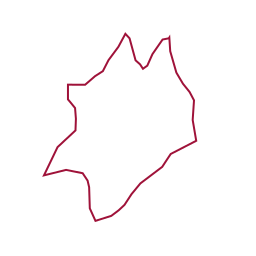 SVG path tracing the border of Riga, rotated 105°
{"feature_id": "LVA-1094", "entity_name": "Riga", "entity_type": "Republican City", "adm_level": 1, "iso_a3": "LVA", "parent_name": "Latvia", "parent_adm1": "", "projection": "robinson", "projection_center": [24.094, 56.981], "detail": "fine", "context": "isolated", "style": "outline", "palette": "rose", "viewbox_px": 256, "rotation_deg": 105, "n_neighbors": 0, "source": "natural_earth", "source_scale": "10m", "svg_char_len": 710}
<svg xmlns="http://www.w3.org/2000/svg" viewBox="0 0 256 256"><g transform="rotate(105 128 128)"><path d="M29.9,111.5L42.9,107.1L62.0,95.6L71.0,86.4L77.3,77.8L84.2,71.4L103.5,67.6L122.7,58.8L142.0,80.0L147.3,81.8L156.7,84.9L178.3,101.7L191.0,107.5L203.2,111.5L209.9,115.7L217.2,121.4L226.1,135.4L215.5,144.1L195.3,150.2L189.3,153.4L183.4,160.1L184.5,177.0L195.5,196.9L164.7,191.1L143.9,178.1L132.6,180.7L122.4,184.3L118.2,190.1L115.9,193.4L110.3,194.9L101.7,197.2L99.4,188.5L97.3,180.6L86.4,173.2L79.6,167.0L67.5,164.4L52.1,158.3L37.7,154.9L41.0,149.7L60.7,138.2L63.4,132.8L66.9,128.9L62.8,125.5L50.3,123.5L43.6,121.1L33.6,117.5L30.8,111.8L29.9,111.5Z" fill="none" stroke="#9f1239" stroke-width="2"/></g></svg>